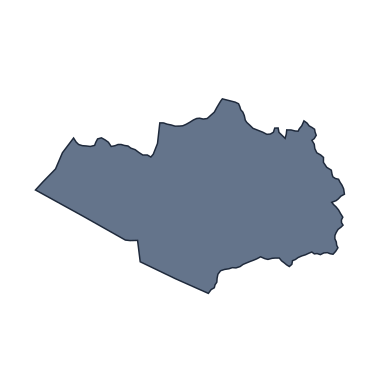 Capela, Sergipe, Brazil, rotated 100°
{"feature_id": "56859067B50452585755721", "entity_name": "Capela", "entity_type": "district", "adm_level": 2, "iso_a3": "BRA", "parent_name": "Brazil", "parent_adm1": "Sergipe", "projection": "albers", "projection_center": [-37.055, -10.484], "detail": "fine", "context": "isolated", "style": "filled", "palette": "slate", "viewbox_px": 384, "rotation_deg": 100, "n_neighbors": 0, "source": "geoboundaries", "source_scale": "gbopen_adm2", "svg_char_len": 2159}
<svg xmlns="http://www.w3.org/2000/svg" viewBox="0 0 384 384"><g transform="rotate(100 192 192)"><path d="M107.6,85.1L106.5,88.2L104.2,90.6L102.5,94.1L107.8,95.4L110.9,97.2L113.7,98.1L114.0,101.0L113.7,105.2L114.4,109.5L118.5,109.2L123.0,109.6L120.9,112.7L118.2,116.7L114.0,118.3L114.7,121.6L119.0,122.2L121.3,124.9L122.2,128.3L120.8,132.7L118.7,143.0L116.3,146.5L114.0,150.1L112.0,152.0L107.6,153.8L104.5,155.8L102.5,158.3L99.5,159.8L97.0,161.5L96.0,165.1L95.0,178.3L97.6,179.6L100.7,180.8L104.7,182.3L109.5,183.9L113.0,186.7L117.0,189.8L118.2,193.6L118.0,197.3L118.8,200.2L120.8,203.1L123.7,206.3L126.4,209.6L128.4,212.6L129.3,216.0L130.1,220.1L129.6,224.1L129.5,228.5L128.9,231.9L129.5,235.7L150.2,234.4L161.5,236.7L164.7,238.6L163.3,242.4L164.1,246.9L162.3,251.2L160.2,255.3L159.4,259.9L157.8,263.0L157.9,266.6L157.5,270.1L158.1,273.2L159.7,275.7L161.2,279.5L157.5,283.0L155.7,286.8L154.4,290.6L156.1,294.2L159.8,295.4L163.0,296.0L164.8,300.0L165.0,303.9L165.4,308.1L164.9,311.9L162.9,314.8L159.4,318.0L175.8,326.4L193.0,330.4L208.1,340.7L217.2,346.5L234.8,294.9L250.9,249.3L250.6,244.6L249.1,237.2L269.7,230.9L280.3,193.2L289.0,158.3L284.8,156.2L282.4,153.4L279.4,153.2L276.5,151.9L272.6,152.3L268.5,152.2L264.6,150.2L262.6,146.5L261.2,142.3L259.5,139.2L259.1,135.5L257.1,131.7L254.4,129.1L252.4,126.0L250.2,122.5L248.5,119.6L246.7,116.8L243.9,113.2L245.0,108.7L245.2,105.5L243.4,101.6L242.6,98.6L241.9,94.5L244.2,91.9L245.9,88.6L247.3,86.2L248.5,83.2L245.9,81.1L242.2,81.1L240.5,78.4L238.2,76.2L235.9,72.8L234.1,69.3L232.2,66.6L230.3,63.6L231.7,60.8L230.9,58.1L231.4,54.7L229.1,51.6L228.2,48.1L228.8,45.2L228.8,42.3L225.5,40.2L221.6,38.6L219.3,40.3L216.2,41.2L213.2,43.2L210.0,43.7L207.0,43.0L203.5,41.7L200.8,39.2L198.4,37.5L196.3,39.4L193.6,40.0L190.6,39.1L187.4,42.0L184.3,44.5L181.7,47.5L179.8,50.4L177.9,52.6L175.5,48.6L173.4,46.7L170.2,44.6L167.7,41.5L162.6,43.2L159.2,45.5L156.8,47.8L154.0,49.9L153.8,53.2L152.6,55.9L150.1,57.2L146.3,58.6L144.3,63.6L140.0,67.7L135.1,68.5L133.2,71.7L131.7,75.9L127.9,78.6L123.7,79.9L120.3,82.9L118.2,80.9L114.6,79.5L111.6,81.2L108.9,82.2L107.6,85.1Z" fill="#64748b" stroke="#1e293b" stroke-width="1.5"/></g></svg>